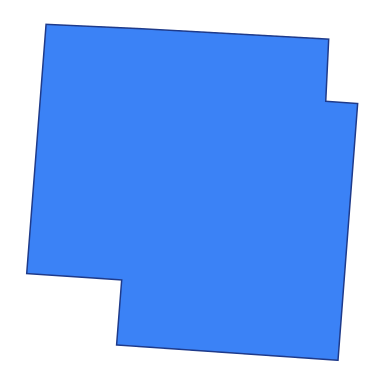 Macon, Missouri, United States of America, rotated 3°
{"feature_id": "52423323B33706621992499", "entity_name": "Macon", "entity_type": "district", "adm_level": 2, "iso_a3": "USA", "parent_name": "United States of America", "parent_adm1": "Missouri", "projection": "equal_earth", "projection_center": [-92.511, 39.822], "detail": "fine", "context": "isolated", "style": "filled", "palette": "blue", "viewbox_px": 384, "rotation_deg": 3, "n_neighbors": 0, "source": "geoboundaries", "source_scale": "gbopen_adm2", "svg_char_len": 293}
<svg xmlns="http://www.w3.org/2000/svg" viewBox="0 0 384 384"><g transform="rotate(3 192 192)"><path d="M352.8,95.0L320.8,94.4L320.5,32.2L135.4,31.6L37.5,32.2L31.2,282.1L126.4,283.5L124.7,348.7L345.7,352.4L346.6,352.4L352.8,95.0Z" fill="#3b82f6" stroke="#1e3a8a" stroke-width="1.5"/></g></svg>